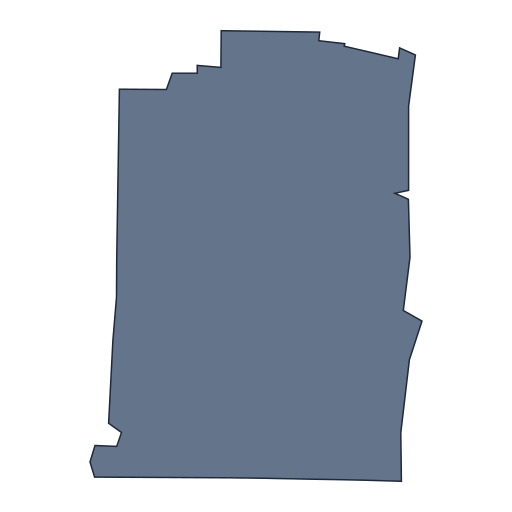 the district of Lawrence, Tennessee, United States of America
{"feature_id": "52423323B73768341334687", "entity_name": "Lawrence", "entity_type": "district", "adm_level": 2, "iso_a3": "USA", "parent_name": "United States of America", "parent_adm1": "Tennessee", "projection": "mercator", "projection_center": [-87.387, 35.229], "detail": "fine", "context": "isolated", "style": "filled", "palette": "slate", "viewbox_px": 512, "rotation_deg": 0, "n_neighbors": 0, "source": "geoboundaries", "source_scale": "gbopen_adm2", "svg_char_len": 654}
<svg xmlns="http://www.w3.org/2000/svg" viewBox="0 0 512 512"><path d="M119.4,89.2L116.7,259.7L116.5,297.2L112.9,340.3L108.6,423.3L121.5,432.5L116.7,446.4L95.0,445.5L90.0,462.0L94.6,477.1L230.4,477.8L237.2,477.9L242.8,478.0L246.2,478.0L267.1,478.3L275.3,478.5L292.8,478.8L300.9,479.0L341.1,479.7L364.5,480.2L396.2,481.1L401.4,481.3L400.8,432.7L409.4,359.7L422.0,321.1L403.3,310.5L410.0,257.3L408.4,199.3L394.9,193.3L408.6,190.3L408.6,106.1L415.4,55.0L399.6,47.9L398.2,58.8L344.2,46.2L344.8,43.7L318.8,40.7L319.7,32.1L221.2,30.7L220.9,67.4L197.2,65.4L197.3,73.2L172.2,73.2L166.4,89.5L119.4,89.2Z" fill="#64748b" stroke="#1e293b" stroke-width="1.5"/></svg>